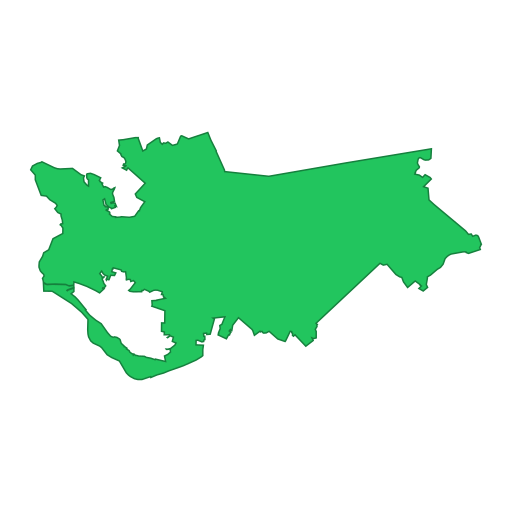 Tīnūžu pag., Ikskiles, Latvia
{"feature_id": "27541924B46293961253213", "entity_name": "Tīnūžu pag.", "entity_type": "district", "adm_level": 2, "iso_a3": "LVA", "parent_name": "Latvia", "parent_adm1": "Ikskiles", "projection": "mercator", "projection_center": [24.551, 56.857], "detail": "fine", "context": "isolated", "style": "filled", "palette": "green", "viewbox_px": 512, "rotation_deg": 0, "n_neighbors": 0, "source": "geoboundaries", "source_scale": "gbopen_adm2", "svg_char_len": 6006}
<svg xmlns="http://www.w3.org/2000/svg" viewBox="0 0 512 512"><path d="M468.5,253.4L480.3,249.5L479.6,247.7L481.0,244.9L480.8,244.4L481.3,244.2L478.6,237.0L477.7,235.6L475.9,235.1L472.7,236.3L471.2,234.0L468.5,234.4L465.6,230.9L433.9,204.4L429.0,199.9L428.0,188.2L423.6,186.7L431.3,179.0L430.1,177.5L425.1,174.7L422.6,177.4L419.3,175.1L414.8,174.1L415.4,172.7L415.2,172.6L415.5,171.9L416.3,170.2L419.0,168.0L419.3,167.4L419.4,166.8L417.9,164.4L417.4,162.9L418.1,159.3L418.6,158.3L419.6,157.7L420.5,157.7L423.9,159.7L425.4,160.1L428.6,159.9L429.9,159.1L430.9,158.3L431.0,156.4L431.4,148.8L345.5,163.0L268.8,176.3L224.7,171.6L224.4,169.9L216.1,151.4L216.3,150.9L210.9,140.2L207.8,132.5L188.6,138.9L182.0,135.9L181.2,135.8L180.5,136.5L177.5,143.7L177.1,144.1L172.5,145.4L167.9,142.0L165.7,143.3L163.5,142.9L162.3,144.3L160.3,142.4L159.4,137.8L158.0,138.1L156.4,138.7L147.3,145.0L146.4,149.0L142.8,151.0L138.1,138.0L138.2,137.6L135.4,137.6L123.3,139.7L118.7,140.1L119.5,145.5L117.4,150.9L120.9,153.9L120.9,154.7L121.9,156.5L124.1,157.7L125.2,159.5L125.9,161.6L125.6,163.2L125.0,163.9L123.6,164.0L123.2,165.4L125.9,165.8L125.6,166.3L122.3,167.9L126.6,170.2L127.3,168.6L128.0,167.9L145.2,183.2L135.3,194.0L136.8,197.4L144.8,201.7L140.6,207.6L139.7,210.0L139.1,210.5L139.2,210.8L138.6,210.8L134.7,216.3L129.4,217.3L121.1,216.7L120.8,217.0L115.6,217.4L115.7,216.8L112.3,216.5L109.4,214.0L109.9,213.1L109.5,212.0L106.2,210.3L106.1,210.1L106.4,209.6L107.9,209.6L108.2,208.9L108.0,208.4L108.5,207.4L107.0,206.8L105.3,206.8L105.1,206.6L105.1,205.9L104.0,205.3L102.9,200.0L104.6,198.8L106.1,204.5L108.9,207.0L111.3,208.2L111.5,208.7L115.3,207.4L114.9,205.9L116.4,206.4L115.0,203.0L112.6,203.0L111.1,203.5L110.8,202.5L114.5,201.3L113.9,197.4L112.7,194.5L112.5,193.3L112.8,192.0L114.4,188.9L114.8,187.7L113.8,188.1L112.5,189.2L110.7,189.5L107.4,187.5L105.1,186.6L103.6,187.1L101.9,183.7L102.6,183.1L100.0,181.6L100.1,181.2L99.3,180.5L100.7,177.8L94.2,174.6L90.5,173.3L87.1,173.8L86.7,174.4L86.8,177.8L87.5,179.1L88.5,179.7L88.5,186.1L86.9,185.1L84.0,181.8L83.5,177.9L84.4,175.9L81.0,174.7L72.5,168.4L60.1,169.0L57.3,168.7L54.2,167.7L41.9,161.8L41.0,162.4L37.3,163.4L32.5,166.0L30.7,169.8L35.3,175.1L35.3,179.8L41.2,195.4L46.5,196.1L49.8,199.7L55.6,203.3L57.2,205.5L56.1,207.4L54.8,208.7L57.8,212.5L61.1,214.1L61.0,215.8L62.3,220.1L62.7,223.7L60.7,224.0L60.2,224.8L61.3,225.6L62.9,228.1L62.8,233.5L53.0,238.7L48.7,249.8L43.7,252.8L42.6,256.3L39.3,261.9L39.0,265.3L39.0,267.2L40.3,270.8L41.7,272.5L43.7,274.4L44.1,276.0L42.5,278.4L42.9,279.5L43.5,282.5L46.7,284.3L55.1,284.0L65.8,284.4L68.2,285.6L69.9,285.7L73.8,285.1L73.9,281.9L79.2,283.5L86.9,286.4L95.6,290.6L99.6,292.9L104.0,288.8L102.6,288.3L102.7,287.9L103.1,287.7L104.0,288.1L105.7,285.9L103.8,283.4L103.2,281.3L102.4,279.7L102.3,278.6L104.2,276.9L104.0,276.7L102.4,278.2L102.3,277.3L101.9,276.6L102.0,276.5L101.5,275.7L99.7,273.6L101.7,271.1L103.1,273.6L105.0,275.2L107.7,276.2L106.1,279.4L106.4,280.1L107.0,279.1L108.1,279.7L109.0,279.7L110.7,275.3L114.5,275.5L115.8,272.9L111.8,271.7L112.4,268.8L113.0,268.9L113.2,267.8L121.1,269.9L121.6,271.3L123.8,271.9L125.6,271.7L126.4,277.4L126.3,279.3L126.8,279.4L126.7,279.8L128.5,279.3L130.3,279.5L130.8,281.5L133.5,280.6L135.3,282.6L130.3,289.1L128.7,290.4L129.9,291.3L133.4,291.8L141.7,291.7L141.9,290.5L143.0,290.5L144.4,289.3L148.9,291.3L149.7,292.2L153.7,290.3L155.4,290.1L157.5,290.2L162.2,291.7L162.2,292.6L161.5,294.5L163.0,294.6L163.6,297.1L164.3,297.2L165.5,298.3L156.8,300.1L156.8,300.4L151.9,300.7L152.2,305.2L151.8,306.2L164.9,310.7L164.7,323.0L161.6,322.9L161.5,331.3L164.4,332.0L164.2,334.8L169.5,334.7L169.9,335.7L167.3,337.5L167.6,337.7L170.1,335.8L173.4,337.1L172.3,341.4L176.0,343.0L174.9,345.1L170.6,348.5L167.8,349.2L166.2,349.1L166.4,349.4L167.8,349.4L170.6,348.8L170.2,349.6L170.5,352.1L167.8,354.4L164.5,356.0L165.6,361.5L155.4,359.1L155.1,359.7L150.8,358.2L146.0,357.3L145.5,356.9L144.3,356.3L138.8,356.1L136.6,355.4L135.7,355.5L134.0,354.1L133.3,355.0L133.0,354.0L131.9,353.7L129.7,352.0L129.2,350.7L126.4,348.9L126.9,348.2L124.6,346.6L124.3,346.6L124.4,346.3L121.5,343.6L121.0,342.8L120.2,339.9L119.5,339.0L116.9,337.4L114.5,336.9L113.1,337.3L110.6,336.2L107.4,332.5L101.2,323.7L95.9,320.3L89.7,315.2L85.4,310.1L86.0,309.7L78.0,299.9L75.1,296.9L71.1,293.8L73.9,291.5L73.9,288.1L67.9,290.1L67.5,290.7L67.0,290.5L67.4,289.9L72.7,287.9L74.0,287.7L73.7,285.4L69.3,286.0L65.8,284.6L52.6,284.3L47.0,284.6L45.7,284.2L43.4,282.8L43.8,291.1L51.9,291.2L52.8,291.6L71.5,303.5L81.7,312.3L88.0,319.4L87.7,329.5L88.0,334.1L88.6,336.9L90.7,340.9L93.2,343.1L99.7,346.1L101.7,347.7L107.1,354.7L111.6,357.5L119.4,361.0L126.3,372.8L128.4,375.0L130.3,376.5L134.4,378.7L137.8,379.5L142.0,379.5L150.6,376.6L150.8,377.5L157.0,374.9L163.7,373.0L168.7,370.9L183.4,365.7L196.0,360.1L201.4,356.8L202.8,355.6L202.8,349.6L203.4,345.2L196.0,344.9L196.1,340.4L197.8,340.2L201.9,341.9L203.7,341.5L203.7,340.2L204.9,339.6L204.8,336.3L203.8,336.3L203.5,333.4L206.6,333.1L206.8,334.5L210.2,334.2L214.4,319.0L213.1,318.1L224.9,316.8L221.9,324.3L219.8,325.5L220.2,328.6L218.4,333.1L218.7,333.3L218.1,334.9L226.4,338.8L228.6,334.8L229.5,335.0L230.1,333.3L230.9,332.2L229.2,331.0L230.4,329.5L231.2,330.6L231.8,330.7L232.7,325.2L238.5,317.7L252.1,329.5L252.8,330.7L254.4,335.3L260.0,331.2L260.4,331.9L262.1,331.4L262.9,332.7L263.7,333.1L266.2,332.9L269.1,331.3L277.8,339.0L285.1,341.5L285.7,340.7L290.2,331.3L291.7,331.6L291.8,332.8L292.6,333.4L292.5,335.4L293.5,336.2L295.0,334.8L305.8,346.2L313.2,340.5L312.0,337.9L313.6,338.6L316.2,337.9L316.2,331.5L315.3,329.3L317.0,326.5L316.8,325.0L317.3,324.6L316.0,323.3L380.0,263.3L383.3,265.1L387.1,264.3L395.9,274.5L399.6,276.8L401.8,277.4L403.5,281.9L407.6,287.5L415.2,281.0L420.1,284.6L419.9,284.9L421.4,286.0L418.9,288.5L423.2,291.0L427.6,287.4L426.3,284.6L427.4,278.1L427.4,276.8L430.5,275.1L437.3,269.3L440.5,267.4L443.1,264.2L445.1,258.6L447.3,256.3L449.5,254.8L451.3,254.0L463.0,251.9L465.9,251.8L466.1,252.5L468.5,253.4Z" fill="#22c55e" stroke="#15803d" stroke-width="1.5"/></svg>